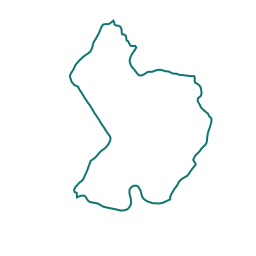 the district of Capinópolis, Minas Gerais, Brazil, rotated 210°
{"feature_id": "56859067B52140573071662", "entity_name": "Capinópolis", "entity_type": "district", "adm_level": 2, "iso_a3": "BRA", "parent_name": "Brazil", "parent_adm1": "Minas Gerais", "projection": "equal_earth", "projection_center": [-49.565, -18.674], "detail": "fine", "context": "isolated", "style": "outline", "palette": "teal", "viewbox_px": 256, "rotation_deg": 210, "n_neighbors": 0, "source": "geoboundaries", "source_scale": "gbopen_adm2", "svg_char_len": 3199}
<svg xmlns="http://www.w3.org/2000/svg" viewBox="0 0 256 256"><g transform="rotate(210 128 128)"><path d="M137.6,42.4L135.0,45.7L132.1,47.6L130.1,47.2L127.7,45.7L126.2,45.1L124.0,44.9L122.2,45.5L116.3,47.5L114.0,47.5L110.4,47.5L108.6,47.9L98.7,51.2L92.7,53.0L90.5,54.6L88.2,56.8L87.5,58.5L87.2,60.7L87.3,62.7L87.8,64.6L90.1,68.0L94.3,72.4L95.9,75.6L95.5,78.7L94.2,80.8L91.9,82.2L90.0,82.4L85.8,80.0L81.6,75.7L78.8,74.4L77.4,74.2L74.0,74.2L68.8,75.3L63.0,78.4L60.5,80.6L55.8,87.2L57.1,89.8L57.4,92.5L57.4,95.6L57.3,98.9L56.9,101.4L56.8,103.6L57.0,106.4L56.6,108.5L56.1,110.3L55.3,112.0L54.1,114.0L52.9,116.0L52.4,118.6L52.4,121.0L52.1,123.3L51.9,125.5L51.4,127.9L51.0,130.1L52.1,131.2L53.8,131.9L55.6,133.0L55.9,135.6L55.7,138.5L55.1,140.6L54.6,142.9L54.1,145.0L54.1,146.8L53.5,149.3L52.6,152.1L52.7,155.0L53.6,157.1L54.4,158.8L55.3,161.0L56.4,163.9L57.0,166.9L57.4,169.4L57.9,171.2L58.4,173.3L59.0,175.2L59.9,177.1L61.2,178.2L62.6,178.5L64.0,179.0L65.6,180.3L67.8,180.7L69.5,181.0L71.2,181.2L72.9,181.7L74.6,182.1L75.9,182.8L77.2,183.9L78.8,184.7L81.0,186.1L82.2,188.3L81.7,190.4L81.0,192.1L81.4,194.4L82.8,196.4L84.0,198.0L85.3,199.4L87.2,200.5L89.1,200.9L90.6,200.9L92.6,200.9L94.0,202.3L95.1,204.6L96.7,206.0L98.5,204.8L100.0,204.1L101.9,203.3L103.6,202.7L105.1,201.9L107.1,201.2L109.0,200.1L110.5,199.6L112.7,199.4L114.6,198.5L116.0,197.8L117.3,197.5L119.4,197.4L121.7,197.1L123.6,196.0L125.1,195.6L126.6,195.3L128.4,194.9L130.2,193.9L132.0,192.6L133.9,190.3L135.5,188.5L137.5,187.5L139.2,186.0L140.4,183.5L141.3,181.9L142.4,180.4L143.9,179.5L145.3,179.2L146.9,179.7L148.8,180.4L150.7,181.2L152.4,182.0L154.2,182.5L155.6,183.0L157.0,183.9L158.5,185.1L160.0,186.7L160.8,188.6L161.3,190.6L161.5,193.6L161.4,196.6L161.0,198.9L161.2,201.9L163.0,202.7L164.7,201.4L167.1,200.5L169.4,201.9L171.1,203.1L173.0,203.2L174.4,204.8L176.0,206.8L178.2,207.0L179.9,206.2L181.3,207.6L182.7,210.0L184.8,211.7L187.2,211.9L189.7,210.7L191.7,211.1L192.8,212.6L194.4,213.6L195.3,211.1L196.5,208.7L198.0,207.5L199.7,206.6L201.4,204.9L201.5,201.9L201.0,198.4L200.6,195.2L200.6,192.4L200.5,190.1L200.5,187.8L200.7,186.0L200.3,183.5L199.6,181.2L199.2,179.4L198.9,177.2L198.9,175.2L199.6,173.4L200.4,171.6L201.3,169.7L202.1,168.0L202.8,165.9L203.5,163.7L204.0,161.7L204.4,159.5L204.8,157.5L205.0,155.6L204.7,153.2L204.5,150.9L204.7,148.4L204.7,146.5L204.4,143.9L202.3,141.9L200.8,140.6L199.4,139.5L197.6,139.1L196.0,138.3L194.1,138.7L191.8,138.7L189.8,137.3L187.6,136.2L185.8,135.3L183.7,134.2L181.6,133.0L179.8,132.0L178.0,131.2L176.1,130.2L174.1,129.3L172.0,128.4L170.0,127.3L168.7,126.6L167.5,125.8L165.8,125.0L164.1,123.9L162.0,123.0L160.0,122.0L158.3,121.2L157.0,120.6L155.2,119.4L153.2,118.3L151.7,117.6L150.4,117.1L149.1,116.5L147.4,115.5L145.4,114.4L144.0,113.7L142.2,113.0L140.0,112.0L138.2,110.7L137.3,108.7L137.0,106.5L136.9,104.4L137.1,101.9L137.5,100.1L138.1,98.4L138.8,96.8L139.7,94.9L140.2,93.1L140.5,91.3L140.9,89.5L141.4,86.8L142.3,84.2L143.1,82.6L143.9,81.0L143.5,78.7L143.0,75.5L142.4,72.4L142.0,69.9L141.8,67.6L141.6,65.0L141.2,62.1L141.4,59.6L142.1,57.8L142.9,56.2L143.3,53.5L144.0,50.7L143.8,47.6L142.4,45.9L140.0,46.2L138.6,44.1L137.6,42.4Z" fill="none" stroke="#0f766e" stroke-width="2"/></g></svg>